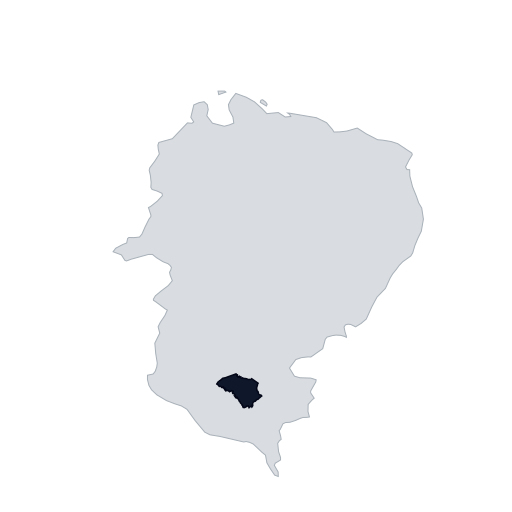 Koun Mom, Rôtânôkiri, Cambodia (highlighted), rotated 125°
{"feature_id": "14789045B34257820589195", "entity_name": "Koun Mom", "entity_type": "district", "adm_level": 2, "iso_a3": "KHM", "parent_name": "Cambodia", "parent_adm1": "Rôtânôkiri", "projection": "albers", "projection_center": [106.798, 13.499], "detail": "fine", "context": "in_parent", "style": "filled", "palette": "ink", "viewbox_px": 512, "rotation_deg": 125, "n_neighbors": 0, "source": "geoboundaries", "source_scale": "gbopen_adm2", "svg_char_len": 6967}
<svg xmlns="http://www.w3.org/2000/svg" viewBox="0 0 512 512"><g transform="rotate(125 256 256)"><path d="M423.8,111.3L424.8,115.0L422.1,122.1L419.2,128.4L413.7,134.0L413.4,138.2L411.6,150.4L412.3,154.3L413.6,157.6L415.4,159.4L420.2,171.4L424.6,182.3L428.9,191.2L429.7,196.9L425.8,211.3L421.2,224.5L421.6,231.1L423.6,237.6L425.8,246.4L426.6,257.6L425.5,264.9L423.4,269.5L419.4,274.1L415.9,276.5L411.7,272.6L408.4,272.4L403.9,273.6L400.4,275.4L393.3,282.3L385.4,288.9L374.4,290.6L370.1,295.6L365.5,296.3L356.9,296.5L351.2,297.6L351.4,300.1L351.0,311.8L351.1,314.6L350.2,315.3L346.3,315.6L339.6,313.8L330.6,310.9L324.2,310.4L320.8,315.5L318.9,317.5L316.4,317.8L313.9,318.7L313.0,321.0L312.8,323.8L314.0,328.7L314.5,336.5L314.1,341.7L316.5,345.1L330.2,356.4L334.3,359.2L334.8,360.8L332.3,366.9L334.5,375.5L330.1,375.4L322.9,371.7L319.5,369.4L315.3,371.2L313.8,370.8L311.0,366.6L307.3,362.3L303.5,362.0L295.5,363.6L287.2,364.8L284.1,364.7L282.8,365.5L278.0,371.9L276.0,370.8L267.7,368.3L260.2,367.3L258.6,368.9L259.5,374.2L261.1,379.3L260.1,381.5L255.9,384.1L250.4,388.9L247.0,392.7L244.7,393.6L236.3,393.3L227.9,393.7L224.6,397.3L221.4,400.0L218.7,400.7L207.9,391.8L186.3,388.5L184.0,384.6L181.9,383.9L179.8,388.9L167.9,393.6L163.0,390.6L159.4,387.0L160.0,382.7L163.4,379.2L169.4,376.7L172.2,367.9L167.9,356.4L164.0,353.1L159.9,350.4L155.4,354.6L151.7,361.8L147.8,365.4L142.3,366.2L134.4,365.8L131.5,354.9L130.6,345.6L131.9,335.1L133.2,328.8L125.7,320.0L125.4,311.8L121.8,307.5L120.7,309.6L120.7,312.0L119.7,310.3L108.1,285.9L106.3,274.7L108.5,266.1L109.7,263.2L106.3,258.6L101.6,253.3L93.1,246.4L92.7,235.7L91.0,223.1L88.5,218.8L84.7,210.9L82.7,204.4L82.3,187.4L83.4,186.1L89.5,185.7L97.3,184.6L98.6,181.9L97.2,179.6L102.3,175.8L109.5,167.5L115.2,158.7L119.2,153.2L121.7,147.7L129.8,140.0L140.9,134.8L148.4,133.6L156.2,131.9L163.7,129.4L167.2,129.2L176.5,132.5L181.5,133.3L186.7,133.4L192.2,133.8L196.9,133.5L208.3,131.4L220.3,133.3L231.1,132.0L244.4,129.5L250.9,131.2L256.9,133.8L257.7,139.0L259.0,141.4L261.0,143.2L263.6,143.2L267.1,139.6L269.9,135.9L270.8,135.3L271.0,137.1L272.4,141.1L274.9,145.1L277.4,147.8L281.7,151.3L284.5,151.5L293.6,148.2L307.2,153.1L308.8,155.5L313.2,160.5L318.0,164.0L328.6,164.3L332.4,155.6L330.6,150.3L324.6,141.1L322.9,135.7L324.9,134.8L335.2,133.8L336.8,132.7L339.1,126.8L341.9,127.5L347.6,128.2L353.6,124.2L357.2,119.9L359.1,121.9L361.3,124.9L363.6,126.6L367.9,129.2L372.7,132.8L375.6,136.4L378.0,137.7L384.1,136.7L385.8,136.9L389.3,132.6L391.8,130.2L393.9,130.9L397.0,130.8L403.3,125.3L407.0,120.3L409.0,118.9L414.7,121.4L417.0,120.9L420.2,114.0L423.8,111.3ZM127.7,340.6L126.5,341.2L125.3,341.2L124.2,340.2L124.4,336.3L125.3,333.9L127.2,333.5L127.7,340.6ZM145.2,379.1L142.7,381.7L138.9,376.2L139.0,374.7L145.2,379.1Z" fill="#d9dde1" stroke="#a8b0b8" stroke-width="1"/><path d="M383.4,214.7L383.3,214.4L383.3,213.6L383.6,212.2L383.9,211.4L383.9,211.2L383.5,210.8L383.2,210.3L383.1,210.2L383.1,209.8L383.0,209.7L383.1,209.4L383.1,209.2L383.1,208.8L383.1,208.7L383.3,208.6L383.2,208.4L382.8,208.4L382.7,208.3L382.7,208.2L382.3,208.2L382.2,208.0L382.2,207.8L382.1,207.7L382.3,207.6L382.3,207.4L382.3,207.2L382.5,207.0L382.5,206.9L382.7,206.7L382.8,206.7L382.8,206.4L382.8,206.2L382.7,206.1L382.8,206.1L382.9,205.9L383.0,205.8L383.1,205.6L383.2,205.3L383.2,205.2L383.3,205.2L383.2,205.2L383.3,205.0L383.4,204.9L383.5,204.8L383.5,204.7L383.4,204.7L383.5,204.6L383.6,204.3L383.5,204.2L383.6,203.9L383.6,203.7L383.4,203.7L383.5,203.6L383.5,203.3L383.6,203.2L383.4,203.1L383.2,203.1L382.9,203.0L382.9,202.9L383.0,202.9L382.9,202.8L382.7,202.7L382.5,202.4L382.5,202.2L382.4,202.1L382.3,201.9L382.2,201.8L382.3,201.7L382.2,201.6L382.1,201.4L382.1,201.2L382.3,201.1L382.3,200.9L382.2,200.8L382.2,200.7L382.3,200.5L382.3,200.3L382.2,200.3L382.3,200.0L382.2,200.0L382.2,199.9L382.0,199.7L381.9,199.6L381.6,199.5L381.6,199.4L381.3,199.2L381.2,199.1L381.1,198.9L380.9,198.8L380.8,199.0L380.7,198.9L380.4,198.9L380.3,198.4L380.2,198.3L380.1,198.2L380.0,197.9L379.9,197.9L379.8,197.7L379.7,197.4L379.8,197.1L380.1,196.9L380.5,196.9L381.0,197.0L381.3,197.0L381.6,196.7L381.8,196.4L381.9,196.1L381.9,195.8L381.8,195.6L381.6,195.4L381.5,195.1L381.6,194.0L381.7,193.6L381.8,193.4L382.0,193.3L382.3,193.3L382.4,193.1L382.6,193.1L382.6,192.9L382.8,193.1L382.8,192.9L383.2,192.6L383.2,192.4L383.3,192.4L383.3,192.2L383.2,192.2L383.1,191.9L383.2,191.7L383.3,191.7L383.5,191.5L383.4,191.3L383.5,191.2L383.5,190.8L383.6,190.7L383.4,190.5L383.4,190.4L383.1,190.3L383.1,190.2L382.9,190.0L383.0,189.8L382.9,189.8L383.0,189.7L383.1,189.3L383.2,189.1L383.2,188.6L383.5,188.2L384.0,187.2L384.5,186.6L384.5,186.4L384.5,185.6L384.9,185.2L385.3,184.4L385.4,183.5L385.5,183.3L385.7,182.2L386.1,182.0L386.2,181.9L386.0,181.6L386.2,181.2L386.5,180.9L386.7,180.6L386.8,180.5L386.8,180.4L387.1,180.3L387.2,179.9L387.1,179.6L387.3,179.5L387.1,179.1L387.1,178.8L386.6,178.4L386.2,178.1L385.9,178.0L385.7,177.9L385.4,177.6L385.0,177.6L384.6,177.6L384.3,177.6L384.2,177.5L384.0,177.4L383.8,177.2L383.8,176.8L383.6,176.9L383.4,176.8L383.3,176.7L383.1,176.4L384.2,174.7L383.3,174.6L382.9,174.3L382.3,174.1L381.8,173.8L381.4,173.7L381.1,173.7L381.3,173.5L381.8,173.2L382.0,172.9L381.9,172.9L381.6,172.6L380.1,173.0L379.9,173.2L379.3,173.8L378.3,174.3L378.1,174.4L377.4,174.4L376.9,174.3L376.4,174.1L375.5,173.4L375.2,173.2L374.9,173.2L374.6,173.4L374.3,173.2L374.0,173.1L373.2,173.1L372.9,172.9L372.5,172.3L371.9,172.1L371.5,172.0L371.1,172.1L370.9,172.0L370.3,171.8L370.1,171.8L370.0,171.7L369.8,171.7L369.7,171.6L369.2,171.5L368.9,171.5L368.7,171.4L368.3,171.3L368.1,171.3L367.9,171.2L367.7,171.1L367.4,171.0L367.1,171.6L367.1,172.1L367.2,172.5L367.6,173.3L367.7,173.9L367.7,174.2L367.4,174.9L367.1,175.2L366.7,175.6L366.5,176.1L366.2,176.2L366.0,176.4L365.8,176.8L365.9,177.1L365.8,177.4L365.7,177.9L365.0,178.5L364.9,178.9L364.7,179.1L364.1,179.4L363.9,179.7L363.8,179.8L363.1,180.1L362.9,180.1L362.7,180.4L361.8,180.4L361.3,180.6L360.5,181.1L360.3,181.1L359.7,181.2L359.0,181.3L359.0,189.2L359.7,189.3L360.5,189.8L360.9,190.7L361.7,191.6L361.9,192.3L361.8,192.7L361.9,193.2L362.3,194.0L362.6,194.7L362.9,195.1L363.2,195.7L363.5,196.1L363.4,196.3L363.5,196.6L363.5,196.8L363.5,197.0L363.9,197.1L363.9,197.3L364.0,197.3L364.2,197.5L364.3,197.5L364.3,197.9L364.4,198.1L364.5,198.3L364.5,198.5L364.3,198.5L364.2,198.7L364.2,198.8L364.1,199.1L363.8,199.1L363.9,199.4L364.0,199.7L364.0,199.8L364.1,199.7L364.1,199.8L364.3,199.8L364.4,200.0L364.5,200.1L364.5,200.3L364.8,200.2L365.0,200.4L364.9,200.5L365.0,200.8L364.9,201.1L365.1,201.4L365.4,201.5L365.2,201.9L365.1,202.0L365.3,202.0L365.3,202.3L365.4,202.5L365.3,202.9L365.2,203.0L365.0,203.3L364.9,203.4L364.6,203.4L364.4,203.5L364.2,203.5L364.3,203.7L364.2,203.8L364.1,204.1L364.1,204.3L364.3,204.5L364.1,204.8L370.9,209.6L373.2,211.2L375.2,213.1L375.4,213.2L376.4,213.4L378.8,214.0L379.1,214.3L379.9,214.4L380.9,214.8L381.6,214.8L382.7,214.7L383.2,214.8L383.4,214.7Z" fill="#0f172a" stroke="#020617" stroke-width="1.5"/></g></svg>